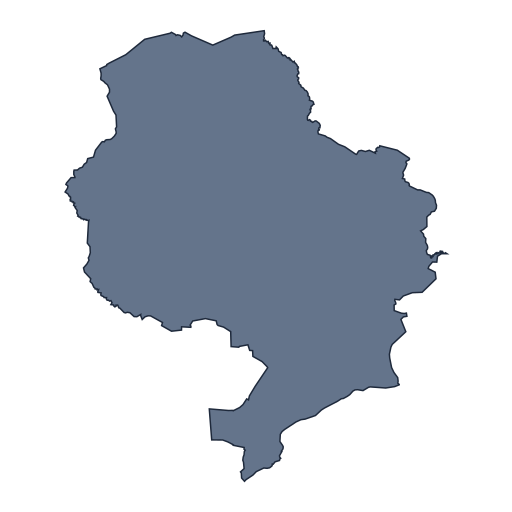 outline of Kalsnavas pag., Madona, Latvia
{"feature_id": "27541924B10280579441217", "entity_name": "Kalsnavas pag.", "entity_type": "district", "adm_level": 2, "iso_a3": "LVA", "parent_name": "Latvia", "parent_adm1": "Madona", "projection": "orthographic", "projection_center": [25.941, 56.721], "detail": "fine", "context": "isolated", "style": "filled", "palette": "slate", "viewbox_px": 512, "rotation_deg": 0, "n_neighbors": 0, "source": "geoboundaries", "source_scale": "gbopen_adm2", "svg_char_len": 5949}
<svg xmlns="http://www.w3.org/2000/svg" viewBox="0 0 512 512"><path d="M93.9,287.3L94.9,288.1L95.2,289.0L97.0,288.9L97.0,289.8L98.6,289.5L97.8,291.7L97.9,292.4L101.1,292.9L100.8,294.9L101.2,295.6L103.6,296.6L104.1,297.6L106.5,297.6L106.2,298.7L107.1,300.2L108.5,300.2L109.6,301.1L110.9,300.6L112.0,302.7L110.9,304.6L113.7,305.0L113.9,306.1L114.9,306.9L116.2,306.0L116.0,305.2L117.7,305.1L118.8,307.8L119.9,308.2L124.1,312.5L125.5,312.9L127.3,312.3L129.9,312.7L134.1,316.6L136.9,316.7L140.7,314.5L140.6,315.4L142.2,319.5L145.0,316.8L148.1,315.8L150.6,315.9L162.5,322.5L161.6,325.6L171.5,331.2L181.5,330.1L181.6,326.8L190.8,327.3L190.9,326.1L190.1,325.1L192.7,321.0L205.4,318.6L216.2,320.8L217.1,324.5L218.1,325.5L223.6,327.1L230.7,331.6L231.1,346.6L238.8,347.2L239.4,346.4L247.9,344.8L249.7,350.4L252.6,350.6L252.9,356.4L262.1,361.6L267.1,366.7L267.7,367.7L255.3,386.1L249.4,395.9L248.5,399.9L246.7,398.9L243.0,404.6L239.7,407.5L233.3,410.7L233.2,410.4L228.5,410.5L209.3,408.9L209.3,409.2L211.7,439.9L222.7,440.0L227.8,441.9L233.3,444.8L233.2,445.3L244.2,447.5L244.0,449.2L245.2,450.2L244.3,451.6L244.1,454.6L243.2,457.1L242.8,460.2L243.5,462.2L244.1,468.6L240.5,471.9L241.3,472.9L241.6,478.0L244.5,481.3L246.1,479.6L253.0,475.0L256.3,471.6L263.8,468.0L267.1,468.3L269.6,467.8L271.8,466.1L272.1,465.6L272.3,464.0L273.2,464.2L275.1,461.8L279.5,460.5L279.7,459.2L280.7,458.3L279.7,457.2L279.5,455.7L281.9,451.5L281.4,451.1L282.7,449.4L283.1,448.2L283.2,446.7L282.6,445.4L279.9,441.5L280.3,434.3L282.1,431.5L284.7,429.4L295.9,422.0L300.9,419.7L305.1,419.1L315.5,415.5L321.4,410.0L324.5,408.0L337.6,401.2L341.4,398.7L343.3,398.5L347.2,396.4L349.8,394.6L352.9,391.1L355.0,389.9L357.6,389.7L363.0,390.6L368.5,387.3L370.3,386.9L385.7,388.0L394.7,386.6L399.2,384.8L399.2,384.4L397.8,383.2L398.1,381.1L397.7,377.6L393.9,372.4L391.6,367.6L389.7,358.0L389.4,354.2L390.9,347.2L392.2,344.4L405.8,331.7L400.9,319.4L403.4,316.9L406.9,316.3L406.4,313.1L404.3,313.5L401.4,313.2L394.2,310.6L394.1,305.0L395.9,303.9L395.6,302.3L394.7,300.4L394.9,299.3L399.5,299.9L403.3,296.0L412.3,292.7L422.1,292.3L436.0,278.8L435.2,272.2L428.2,268.6L428.8,266.4L432.5,262.0L436.8,262.1L437.5,256.2L441.5,253.7L446.9,253.7L445.5,252.8L445.0,253.5L443.0,252.8L442.6,251.6L441.9,252.3L441.1,251.1L440.4,251.1L440.0,251.3L440.9,252.5L439.0,253.0L438.0,252.6L437.8,253.4L436.3,252.6L435.6,253.2L436.1,253.9L434.9,253.8L434.3,254.8L433.0,254.9L432.8,255.4L433.0,256.3L431.5,255.9L431.0,256.4L431.7,256.8L432.0,257.6L431.5,258.0L430.7,257.8L430.2,255.3L427.4,254.4L426.7,252.8L426.3,250.6L427.5,248.8L427.7,247.2L427.3,245.4L425.6,242.4L425.8,238.6L423.8,236.3L423.5,234.1L420.6,230.9L423.4,229.5L426.9,226.5L426.8,217.1L428.6,215.2L430.1,214.4L431.4,211.9L434.5,211.2L436.3,208.3L436.5,205.2L435.5,202.7L435.3,200.3L434.7,198.6L433.3,196.2L432.2,195.0L428.7,192.6L426.4,192.4L420.2,189.9L417.6,189.9L409.3,185.9L409.1,186.2L409.3,184.6L408.9,183.3L408.0,182.5L405.4,181.7L404.9,180.9L404.7,179.0L402.4,178.5L403.6,175.1L402.9,172.9L403.0,172.1L405.2,168.4L406.8,164.2L406.8,163.6L405.9,162.7L406.2,161.2L408.8,160.1L409.5,159.1L409.3,158.2L397.3,150.2L379.8,145.8L379.6,146.9L378.7,147.5L377.8,147.3L376.2,148.6L376.0,149.7L376.7,151.2L375.1,151.7L375.4,153.2L369.3,150.3L365.4,151.5L361.3,150.4L358.7,151.0L356.6,154.4L355.7,154.2L344.8,146.8L338.5,144.3L330.5,138.6L327.1,137.3L325.2,135.9L318.4,133.9L317.9,131.9L318.1,130.6L319.2,130.1L319.3,129.7L318.6,129.2L319.0,127.8L319.9,127.8L320.2,125.3L319.3,123.4L316.2,121.0L315.1,120.9L312.7,122.4L312.2,122.3L311.8,121.4L310.5,121.2L310.4,120.2L309.4,119.6L308.3,120.4L307.7,120.2L307.4,119.4L307.5,116.0L308.3,115.4L309.5,113.2L310.6,112.2L310.5,110.4L310.0,109.7L310.4,108.8L311.1,108.8L310.9,106.9L311.3,106.1L312.0,106.0L312.6,105.0L314.0,104.2L313.5,103.3L313.4,102.2L312.5,101.2L309.4,100.2L309.7,99.1L309.5,97.2L309.0,96.4L308.0,95.8L308.1,93.8L307.3,92.0L306.1,90.6L304.8,90.2L303.4,88.1L301.2,86.9L300.9,86.3L300.9,85.3L298.7,83.5L299.0,82.3L297.8,80.5L297.9,79.5L298.6,78.9L298.7,77.8L297.3,76.8L297.0,75.9L297.8,73.9L298.7,73.7L298.8,72.1L298.0,71.1L298.0,70.0L297.4,69.0L298.4,67.9L298.0,67.3L298.1,66.7L297.4,66.4L296.9,65.0L295.3,63.0L294.4,62.8L294.3,61.3L292.8,61.9L291.2,60.0L290.4,60.1L290.5,59.3L289.7,58.2L289.2,58.7L288.7,57.6L287.4,58.0L285.3,55.6L284.7,55.2L283.0,55.7L282.6,54.8L281.7,54.6L281.1,52.5L278.7,51.3L278.1,48.9L276.2,46.9L276.0,47.9L276.3,48.5L272.9,48.5L271.9,45.6L271.5,45.0L270.1,45.0L269.5,44.1L269.9,43.9L270.1,43.1L268.6,43.0L268.2,41.4L266.6,41.7L265.5,40.3L264.7,40.9L263.6,40.9L263.6,39.5L264.3,38.9L264.3,37.9L263.7,36.7L264.6,33.7L264.2,30.7L234.6,35.1L231.2,37.1L212.8,45.1L191.4,35.8L185.0,32.2L183.4,33.1L183.0,35.1L181.7,36.9L180.2,35.4L177.5,34.8L176.0,35.5L175.6,34.6L171.4,32.3L170.2,33.2L144.7,39.3L125.8,54.7L109.2,63.1L106.8,64.5L106.6,65.6L99.9,68.8L101.1,73.1L101.1,75.9L100.7,78.4L100.9,79.6L103.9,81.5L104.7,82.6L107.5,84.8L109.5,89.1L109.5,92.2L107.1,96.2L113.5,111.1L116.0,115.1L116.6,126.9L115.4,128.8L116.1,131.6L116.2,133.3L114.2,136.3L111.7,138.7L110.2,139.5L106.8,139.7L105.4,140.2L104.4,141.8L102.6,141.6L101.7,142.1L95.5,150.2L93.5,157.1L87.7,158.6L86.6,162.5L84.2,164.2L82.4,167.2L79.5,168.2L77.5,170.0L74.1,170.1L73.8,171.4L73.8,174.5L74.9,176.9L74.9,177.6L71.1,177.6L66.5,183.0L65.9,184.5L67.7,185.7L67.9,186.4L67.5,188.2L65.1,192.0L68.0,194.0L68.9,195.7L69.8,196.3L69.6,196.6L70.6,197.2L70.5,198.5L70.7,199.1L70.1,199.6L70.3,201.0L71.9,201.2L72.2,202.0L73.5,201.9L73.7,202.5L73.5,202.8L74.6,203.2L74.1,203.6L73.6,205.4L74.4,205.9L75.0,207.2L75.4,207.0L75.2,207.7L77.2,210.5L76.8,213.0L78.1,215.3L77.7,216.1L78.8,216.6L78.9,217.0L80.4,217.3L80.4,217.9L81.5,218.4L81.4,218.7L83.1,218.9L83.6,219.7L84.3,219.2L86.2,220.1L86.3,219.6L88.1,220.6L88.9,220.3L88.5,222.2L87.3,243.1L90.0,246.7L90.3,252.8L89.1,256.5L88.3,257.9L89.0,260.3L86.9,264.0L83.5,267.9L84.5,272.0L90.7,278.7L90.1,281.6L92.1,283.4L93.9,287.3Z" fill="#64748b" stroke="#1e293b" stroke-width="1.5"/></svg>